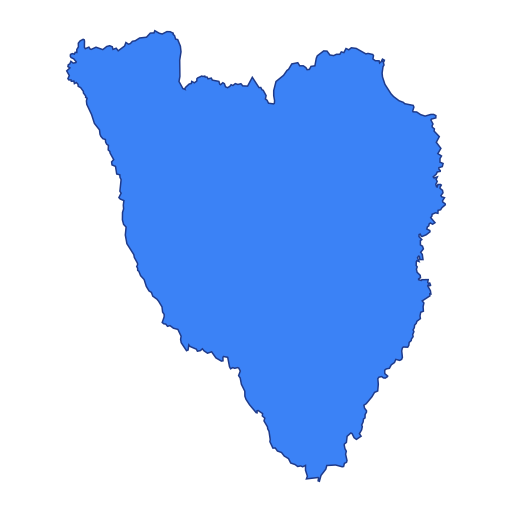 Ankazobe, Analamanga, Madagascar (Robinson projection)
{"feature_id": "10022922B97289291498871", "entity_name": "Ankazobe", "entity_type": "district", "adm_level": 2, "iso_a3": "MDG", "parent_name": "Madagascar", "parent_adm1": "Analamanga", "projection": "robinson", "projection_center": [47.026, -18.235], "detail": "fine", "context": "isolated", "style": "filled", "palette": "blue", "viewbox_px": 512, "rotation_deg": 0, "n_neighbors": 0, "source": "geoboundaries", "source_scale": "gbopen_adm2", "svg_char_len": 5912}
<svg xmlns="http://www.w3.org/2000/svg" viewBox="0 0 512 512"><path d="M407.7,347.2L408.8,345.4L409.2,342.4L411.2,340.6L411.5,338.9L413.1,336.7L412.7,334.5L413.9,331.7L413.1,329.9L414.3,327.7L414.6,325.1L416.2,323.4L416.9,321.3L420.4,318.6L420.0,315.9L420.7,312.3L423.4,311.2L423.1,306.7L423.9,303.0L422.2,300.9L429.9,295.9L429.8,293.8L430.9,294.0L430.4,290.7L427.7,285.9L428.2,285.0L429.8,285.8L430.6,285.2L429.7,283.0L428.6,283.4L427.7,282.4L428.2,279.6L421.9,279.7L421.2,280.5L418.6,279.7L418.6,278.9L420.5,277.7L420.2,275.3L417.1,272.3L416.4,269.2L417.2,266.9L416.2,265.5L416.3,261.8L416.9,260.7L419.0,261.5L417.5,257.7L418.6,256.1L419.4,256.4L419.9,259.6L423.0,259.6L422.3,254.4L420.7,252.3L423.4,248.9L422.5,246.2L420.4,244.9L420.4,240.6L421.8,239.6L419.0,236.6L419.1,234.5L420.2,234.1L421.3,236.3L422.0,236.5L426.2,234.8L430.0,231.8L429.8,230.5L426.8,229.0L427.4,226.8L428.8,225.9L429.1,224.0L430.4,223.0L432.6,224.2L435.0,222.7L430.7,217.6L431.9,216.1L432.1,214.3L435.5,212.8L437.9,213.3L438.1,210.3L440.6,209.8L441.9,207.7L445.3,204.8L445.1,203.7L442.8,202.1L442.5,200.8L444.5,197.7L441.7,196.8L440.9,195.6L443.0,192.8L442.5,190.3L440.1,188.4L440.1,187.2L441.3,185.1L440.6,184.5L437.9,184.5L437.1,187.0L436.5,186.7L435.8,184.2L437.2,181.4L436.1,179.4L437.3,176.9L434.1,178.0L433.2,176.9L436.2,174.2L437.3,171.9L440.2,171.4L440.3,170.6L438.8,169.0L438.9,167.7L442.3,166.6L443.1,163.5L440.0,162.2L440.0,158.5L441.5,156.0L437.8,153.6L440.9,148.4L436.3,142.3L439.3,136.6L434.1,131.1L434.4,128.9L432.3,127.2L432.1,125.7L433.0,124.0L430.9,120.0L431.5,119.1L435.8,117.9L435.9,115.6L433.6,114.4L430.9,114.4L425.1,116.1L420.6,114.6L416.7,112.0L413.1,111.8L412.7,111.0L413.9,107.1L413.2,105.4L404.7,103.7L403.4,102.4L399.0,100.7L393.6,96.6L391.0,93.8L384.9,84.3L382.5,77.0L382.1,73.1L383.0,66.7L384.0,65.0L383.4,62.6L384.4,60.2L382.5,59.1L381.7,60.5L382.9,61.3L381.3,61.5L379.6,63.0L379.1,60.8L375.2,60.7L372.9,58.9L373.5,55.7L372.8,54.5L368.0,53.4L365.9,53.9L356.2,48.4L351.3,47.8L348.8,49.8L346.0,48.5L343.9,52.6L341.3,51.9L339.8,54.3L336.4,54.3L333.7,55.6L329.9,55.0L327.0,51.1L323.7,50.9L317.3,55.8L316.3,58.2L314.9,65.8L311.0,66.4L309.4,69.4L307.1,69.7L305.9,67.6L303.3,65.8L299.7,65.8L297.8,62.7L291.8,63.9L288.6,69.3L287.0,70.4L283.6,75.3L276.0,81.5L273.7,90.6L273.7,95.5L274.6,100.8L274.3,103.4L273.5,103.9L268.5,103.2L267.1,100.3L265.4,99.0L266.1,95.6L263.2,90.3L262.0,89.8L260.8,87.5L259.0,87.6L252.3,77.3L247.6,86.1L242.8,85.9L240.9,83.7L237.9,84.5L235.3,83.6L232.9,85.5L231.1,84.7L229.9,86.3L227.6,87.7L225.5,86.8L224.4,83.7L222.8,82.7L220.6,84.7L219.8,84.3L218.9,81.4L212.3,80.1L211.3,78.1L208.0,78.8L207.1,77.1L205.1,77.0L204.8,76.1L202.8,76.5L201.8,76.0L197.7,77.9L196.9,78.7L196.8,81.0L194.4,82.8L191.7,81.4L191.3,83.5L189.2,84.0L185.7,87.2L184.7,88.7L185.0,89.4L182.9,88.6L179.0,81.5L179.9,76.4L179.7,60.0L181.0,51.8L180.4,46.2L177.7,39.6L175.6,39.1L174.5,35.5L173.2,34.5L173.2,33.2L170.1,31.7L166.9,31.6L162.2,34.0L159.4,33.3L154.8,30.7L154.0,32.9L150.3,33.1L146.5,37.2L139.6,38.0L135.2,40.8L132.4,41.3L130.3,43.6L128.5,44.2L125.9,42.5L124.6,46.0L118.2,50.8L116.2,48.2L113.0,49.4L112.3,46.8L109.7,45.7L106.7,46.5L102.8,49.6L96.0,47.2L91.2,49.4L90.2,49.1L88.9,47.1L85.3,48.7L84.4,47.2L84.5,41.1L84.2,39.8L83.1,39.3L80.1,40.9L78.3,43.2L78.4,46.9L76.8,49.5L76.8,52.5L75.2,52.3L74.4,54.1L72.3,53.6L70.5,54.4L70.3,56.1L71.0,57.5L73.7,58.8L76.2,61.8L75.9,62.6L73.2,63.1L70.9,61.3L69.8,63.9L68.3,64.7L67.9,66.6L69.9,67.9L66.7,70.9L69.3,75.6L67.9,78.6L68.8,79.9L71.0,79.9L71.3,81.3L73.9,81.1L74.4,83.6L76.3,82.5L78.0,84.3L78.2,86.3L80.6,87.6L83.4,91.4L83.4,92.9L85.8,96.2L85.6,97.4L87.1,98.2L86.4,100.9L86.8,104.4L91.6,114.6L94.4,123.4L99.5,129.9L100.0,134.3L100.9,136.4L102.9,138.7L105.4,139.5L105.6,142.0L106.7,144.2L108.4,145.4L108.2,149.9L109.8,151.4L110.1,153.1L113.7,159.6L111.6,161.9L112.0,164.9L115.5,166.4L116.7,174.0L119.8,174.8L120.0,177.4L121.1,179.6L119.9,191.2L121.1,193.2L118.9,197.6L120.3,199.1L123.9,200.6L123.3,205.1L123.6,208.9L122.5,212.5L122.4,219.8L123.6,224.4L126.1,227.1L125.3,235.0L126.9,243.7L133.8,254.6L134.3,257.4L137.5,263.2L137.6,264.8L136.7,266.6L137.6,268.0L137.7,270.4L138.8,271.2L140.6,275.7L144.1,279.5L146.3,286.4L149.0,290.9L151.4,292.4L152.8,296.2L156.9,299.1L158.6,301.2L162.0,306.9L162.6,312.0L164.2,314.5L164.1,317.0L162.2,322.5L163.8,323.8L165.8,324.1L167.5,326.3L170.0,325.6L173.4,328.2L177.9,329.4L181.1,336.2L180.6,339.4L181.2,342.7L186.5,350.7L188.1,350.0L188.8,344.9L190.1,346.5L196.4,349.2L197.4,351.2L200.4,350.6L202.4,348.8L204.1,350.9L207.5,353.2L211.6,351.8L215.9,357.9L221.4,361.1L223.0,360.8L222.9,357.4L223.5,356.5L227.7,357.3L229.5,366.7L230.6,368.8L232.7,367.6L234.7,368.3L237.5,367.6L238.7,368.0L240.3,371.0L238.6,375.6L240.2,378.0L241.4,384.3L244.8,391.2L244.9,396.2L246.0,399.3L249.5,404.7L256.2,412.7L257.1,412.8L257.0,410.8L258.1,410.5L262.6,413.6L262.3,415.9L264.8,418.1L264.0,420.9L267.5,426.9L267.7,428.8L269.0,431.3L270.2,439.4L269.9,441.7L272.9,448.1L275.3,448.0L277.4,451.0L281.5,452.5L284.3,456.1L288.5,458.6L290.7,463.0L295.2,464.6L297.7,466.5L300.6,465.9L302.7,466.8L305.5,465.4L305.5,470.2L307.4,476.2L306.4,478.9L318.1,477.5L318.6,478.0L318.1,480.8L319.4,481.3L321.0,475.4L325.8,469.2L326.8,465.5L335.6,465.0L342.2,466.8L343.6,466.5L344.4,463.4L346.5,462.3L347.0,460.5L345.6,454.2L346.3,451.2L344.9,448.6L344.2,445.0L344.4,444.0L346.4,442.4L347.1,436.3L350.8,433.0L352.0,433.5L354.1,437.7L356.4,439.4L361.1,436.2L359.4,433.7L361.6,429.9L362.3,426.6L361.7,425.0L363.1,422.0L363.5,419.0L365.0,417.9L365.1,414.5L366.5,412.1L366.5,410.7L364.5,408.1L363.9,405.2L366.2,403.7L372.0,396.7L374.5,392.4L377.7,391.0L378.3,384.3L377.8,378.6L379.0,377.1L381.7,376.6L383.4,377.9L385.3,378.1L387.4,376.7L387.7,376.1L384.8,373.6L384.7,370.2L386.3,368.9L389.4,368.3L391.3,364.8L394.5,362.5L395.8,359.4L399.7,360.4L401.6,359.4L402.4,357.4L401.7,350.9L402.3,348.1L403.3,347.0L407.7,347.2Z" fill="#3b82f6" stroke="#1e3a8a" stroke-width="1.5"/></svg>